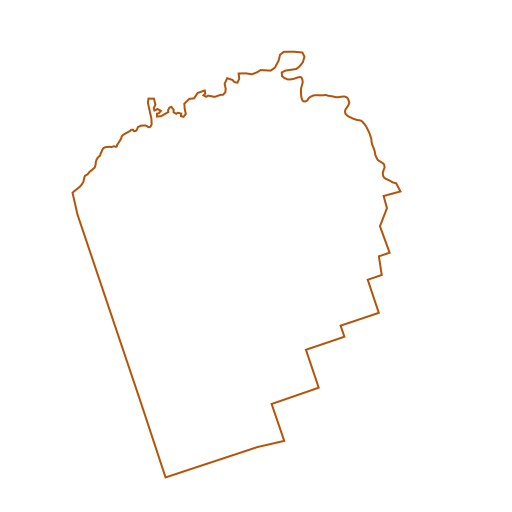 outline of Clarion, Pennsylvania, United States of America, rotated 161°
{"feature_id": "52423323B69998039622942", "entity_name": "Clarion", "entity_type": "district", "adm_level": 2, "iso_a3": "USA", "parent_name": "United States of America", "parent_adm1": "Pennsylvania", "projection": "robinson", "projection_center": [-79.501, 41.202], "detail": "fine", "context": "isolated", "style": "outline", "palette": "amber", "viewbox_px": 512, "rotation_deg": 161, "n_neighbors": 0, "source": "geoboundaries", "source_scale": "gbopen_adm2", "svg_char_len": 3185}
<svg xmlns="http://www.w3.org/2000/svg" viewBox="0 0 512 512"><g transform="rotate(161 256 256)"><path d="M102.6,280.9L103.3,281.7L105.7,284.4L107.9,286.5L109.0,287.8L109.7,289.5L109.4,292.4L109.0,293.3L108.6,294.1L107.1,296.0L106.0,297.4L105.5,298.1L105.1,300.9L106.0,302.7L107.4,304.3L108.0,305.1L108.8,306.0L109.4,307.0L109.8,308.0L110.3,312.4L109.7,315.9L109.6,319.3L109.9,324.1L109.4,327.0L108.8,329.6L108.8,332.0L108.8,333.6L108.7,335.0L109.3,340.0L109.7,342.8L110.5,345.4L111.3,347.4L111.7,348.4L112.6,349.6L113.9,350.7L115.1,351.1L117.0,352.3L119.8,354.5L120.9,355.8L122.4,357.0L123.2,358.0L123.6,358.5L124.1,359.3L124.5,360.0L125.1,361.2L124.9,363.5L123.7,365.4L120.0,368.1L118.2,370.1L117.8,370.8L117.9,374.9L118.4,376.3L119.7,377.5L120.5,378.0L121.7,378.4L123.1,378.7L124.7,379.1L126.0,379.2L127.6,379.7L128.8,380.2L131.7,382.0L133.9,383.2L135.7,384.1L137.6,385.6L139.4,385.9L141.0,386.4L142.9,387.0L143.7,387.3L144.8,387.7L145.4,388.0L147.8,388.8L150.1,389.1L153.7,388.6L155.5,387.5L156.9,386.4L158.9,386.0L160.9,386.9L161.4,387.9L161.5,390.7L161.1,392.8L160.8,393.9L160.5,395.0L159.5,398.3L159.0,399.3L158.8,399.8L158.5,400.3L157.6,401.6L156.8,402.8L156.2,403.6L155.3,405.0L154.7,407.6L154.9,409.8L155.6,410.7L157.4,411.2L162.1,411.2L165.2,411.6L167.4,412.2L168.6,412.7L171.2,415.0L172.8,417.5L171.9,421.2L167.7,421.7L157.1,419.7L153.7,420.9L151.5,422.1L148.5,424.1L145.3,428.7L145.9,433.3L153.6,436.8L163.2,440.0L167.8,438.4L170.9,433.5L176.7,428.0L181.8,426.5L191.1,430.3L194.9,429.4L200.6,429.1L206.1,432.0L213.0,434.2L214.2,429.0L217.1,425.9L219.7,427.4L221.0,430.2L225.4,433.5L229.6,429.0L230.2,424.0L231.8,420.7L234.6,419.2L237.1,419.9L243.2,419.9L249.1,423.2L251.4,422.8L253.4,425.0L251.1,426.0L250.6,429.2L253.8,429.2L258.2,429.1L263.2,425.2L268.0,426.3L274.2,423.3L275.5,418.4L276.1,413.2L279.2,411.2L281.4,412.6L280.4,415.0L283.3,416.9L285.1,416.4L287.1,418.7L286.3,421.3L287.5,424.6L289.6,424.4L291.6,422.6L292.1,420.7L295.0,420.1L300.3,419.1L304.2,420.1L303.3,422.8L301.3,422.6L298.7,424.2L301.3,427.1L303.1,426.7L304.6,426.6L304.4,429.3L301.8,431.9L301.3,438.0L306.4,439.8L308.3,436.2L308.9,431.2L310.2,419.9L311.8,414.5L313.2,413.0L314.4,412.4L315.9,412.9L316.6,414.0L318.0,415.4L322.3,416.7L325.7,416.3L327.1,414.6L328.1,413.7L329.1,413.4L330.6,413.6L331.0,414.4L331.4,415.6L333.2,415.9L334.4,415.2L337.5,414.7L340.4,414.2L342.1,413.8L343.6,413.1L344.4,412.3L344.7,411.7L346.3,410.0L348.5,408.3L351.4,406.0L351.9,405.0L353.0,404.8L354.6,406.0L357.3,406.1L358.7,406.9L361.0,407.5L363.3,407.9L365.3,407.6L366.8,406.4L368.2,404.7L369.8,403.2L370.4,402.0L372.6,400.9L373.7,400.4L375.4,399.0L376.9,396.9L377.8,394.8L378.4,394.0L378.8,393.3L379.1,392.8L380.1,391.9L381.6,391.4L383.2,390.7L385.3,390.0L386.3,389.6L387.7,388.6L389.7,387.8L391.4,387.6L392.8,386.1L393.1,385.5L393.4,385.0L394.5,383.4L395.0,382.4L397.4,380.4L400.1,378.8L407.3,376.3L408.9,375.5L411.3,353.3L412.6,154.1L413.6,76.1L316.9,74.9L289.5,72.0L289.4,111.0L239.6,111.1L239.3,151.1L198.7,150.9L198.7,162.6L158.4,162.3L158.1,197.2L143.3,197.1L139.9,215.7L128.6,215.6L129.1,243.8L116.6,258.6L115.8,271.2L98.4,270.0L99.8,279.2L102.6,280.9Z" fill="none" stroke="#b45309" stroke-width="2"/></g></svg>